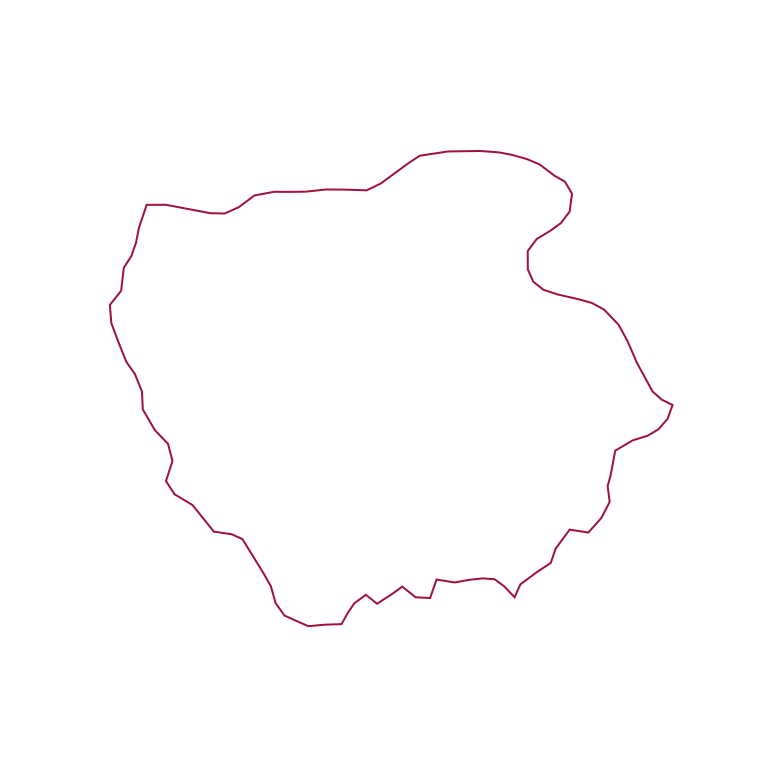 Itapuí, São Paulo, Brazil (Robinson projection), rotated 104°
{"feature_id": "56859067B79816747151857", "entity_name": "Itapuí", "entity_type": "district", "adm_level": 2, "iso_a3": "BRA", "parent_name": "Brazil", "parent_adm1": "São Paulo", "projection": "robinson", "projection_center": [-48.701, -22.25], "detail": "fine", "context": "isolated", "style": "outline", "palette": "rose", "viewbox_px": 768, "rotation_deg": 104, "n_neighbors": 0, "source": "geoboundaries", "source_scale": "gbopen_adm2", "svg_char_len": 1388}
<svg xmlns="http://www.w3.org/2000/svg" viewBox="0 0 768 768"><g transform="rotate(104 384 384)"><path d="M334.6,98.9L332.0,110.7L326.4,121.5L302.5,143.5L284.1,157.6L269.8,170.6L258.6,188.4L255.1,201.9L254.7,215.5L255.1,236.6L254.0,252.1L248.6,263.9L238.0,272.2L220.2,276.7L206.3,270.9L195.3,259.9L185.1,251.3L171.9,245.6L153.9,247.6L143.9,257.4L140.7,268.9L133.3,286.2L131.2,299.7L130.7,314.5L131.4,328.1L134.6,346.9L142.9,378.2L153.9,404.6L164.5,414.3L190.3,435.7L200.3,447.7L204.6,467.8L209.2,487.1L216.3,506.4L220.9,523.9L224.1,537.2L232.4,555.3L247.5,567.6L257.1,579.8L260.3,593.9L262.9,639.0L267.5,657.6L291.9,659.6L307.1,658.8L321.0,660.1L334.2,664.6L357.1,661.6L373.6,669.1L390.9,663.3L407.6,651.8L424.7,639.5L434.7,628.0L449.9,617.0L467.0,611.9L484.3,595.1L494.3,579.1L509.9,570.6L530.9,572.1L541.7,560.5L547.8,540.5L568.4,513.4L566.6,495.3L568.8,483.8L597.2,454.7L607.8,444.7L622.8,436.2L632.7,424.6L635.1,411.8L637.3,398.8L632.1,384.0L627.3,367.2L613.9,363.4L603.9,359.7L592.9,350.6L598.9,337.6L586.1,325.6L576.2,317.3L583.3,301.7L580.5,287.5L561.0,285.7L559.5,267.6L553.2,253.4L548.7,241.1L546.7,229.5L551.1,218.7L559.3,205.7L545.4,203.2L529.8,190.4L517.3,178.9L502.1,177.6L480.4,168.6L478.7,149.8L461.6,140.8L443.8,136.5L428.9,142.3L418.2,142.0L392.7,143.5L378.6,129.2L370.4,115.7L361.5,106.7L349.1,100.4L334.6,98.9Z" fill="none" stroke="#9f1239" stroke-width="2"/></g></svg>